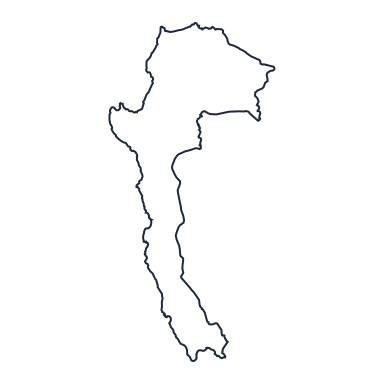 the district of Majene, Sulawesi Barat, Indonesia
{"feature_id": "22746128B56869239776422", "entity_name": "Majene", "entity_type": "district", "adm_level": 2, "iso_a3": "IDN", "parent_name": "Indonesia", "parent_adm1": "Sulawesi Barat", "projection": "mercator", "projection_center": [118.905, -3.243], "detail": "fine", "context": "isolated", "style": "outline", "palette": "slate", "viewbox_px": 384, "rotation_deg": 0, "n_neighbors": 0, "source": "geoboundaries", "source_scale": "gbopen_adm2", "svg_char_len": 6011}
<svg xmlns="http://www.w3.org/2000/svg" viewBox="0 0 384 384"><path d="M238.7,48.0L233.6,45.6L229.7,44.5L228.6,43.5L227.7,41.3L227.3,39.0L225.0,35.0L222.9,32.8L223.1,30.7L221.7,29.3L216.6,29.0L215.8,29.5L215.1,29.4L214.3,28.2L212.8,27.0L211.7,27.4L211.2,28.3L208.7,28.8L207.8,28.1L205.6,27.5L202.3,29.4L201.9,28.4L200.4,28.5L198.8,27.5L198.4,26.5L198.9,26.4L199.1,25.7L197.8,25.6L196.4,23.3L195.6,23.0L194.8,23.1L193.7,24.5L192.6,24.7L192.2,24.5L190.1,26.7L189.8,26.5L181.9,29.7L179.1,30.1L173.6,31.5L169.9,32.0L167.7,31.2L167.1,31.4L166.5,30.9L165.7,31.0L165.0,30.8L164.7,28.6L163.9,27.8L163.1,27.7L162.5,26.8L162.1,27.0L161.4,26.7L160.8,27.0L160.6,27.7L160.4,32.6L158.3,37.7L157.4,38.3L157.1,39.0L157.2,41.0L156.8,42.4L157.6,43.9L157.4,44.5L156.3,45.8L155.7,47.5L152.6,52.6L151.6,53.2L151.0,55.6L149.6,57.9L147.3,60.3L146.6,61.5L146.4,66.5L146.8,68.0L146.3,69.0L146.2,70.6L147.7,72.5L148.5,72.2L150.0,72.6L150.6,74.0L151.1,76.8L152.2,77.1L152.9,77.9L153.1,79.5L152.1,81.1L152.9,83.1L151.6,85.4L148.4,92.5L146.7,94.2L144.5,99.9L143.2,101.8L143.1,102.5L143.8,103.2L142.1,108.7L140.3,109.9L137.5,111.0L136.9,112.3L135.7,111.9L135.1,112.4L134.3,112.6L131.8,111.1L130.0,111.3L129.4,111.1L128.8,110.7L128.2,109.6L127.1,109.2L126.0,109.4L125.4,109.1L125.2,108.5L124.0,107.8L122.8,105.1L122.7,103.7L121.1,103.7L120.4,103.1L119.8,103.8L120.0,105.5L119.6,106.6L120.1,107.1L120.1,108.5L118.8,109.9L117.7,110.3L116.5,110.2L115.0,109.0L114.4,107.7L113.2,107.5L112.9,107.2L111.6,107.5L110.1,109.9L110.0,111.4L110.5,112.8L109.5,114.6L109.5,120.5L110.0,121.7L109.9,122.3L110.1,123.5L111.9,126.7L112.2,128.0L111.6,128.7L111.6,129.2L112.4,131.0L114.2,133.7L115.9,135.1L116.0,136.4L118.8,139.2L121.2,141.0L124.0,142.5L125.8,142.9L127.7,145.8L128.3,146.4L130.1,147.0L130.4,147.4L130.2,149.2L131.3,150.5L132.1,151.1L133.4,150.8L135.4,151.9L137.0,154.7L137.3,156.0L136.8,156.6L137.1,158.2L136.8,159.8L138.3,162.6L139.1,165.9L140.5,167.6L140.9,170.1L140.5,170.8L142.4,175.0L142.5,176.9L141.3,179.9L140.3,180.3L139.3,181.2L139.1,181.5L139.3,183.2L137.4,184.5L136.7,185.3L136.4,186.5L136.5,187.0L137.6,186.8L137.8,187.6L139.2,188.7L139.2,190.2L139.5,191.1L142.3,196.1L141.9,198.3L142.5,199.1L142.6,201.0L143.7,203.7L143.9,206.1L144.6,206.7L144.4,208.2L145.0,209.8L145.5,210.0L146.1,210.8L145.7,212.6L147.4,213.0L148.1,213.8L149.0,215.5L148.9,217.6L149.4,217.8L149.7,218.7L151.3,219.6L150.8,219.7L151.4,222.2L150.9,225.1L150.1,226.7L148.5,228.3L146.1,228.3L144.9,229.4L144.1,231.7L144.0,233.0L143.2,235.8L143.1,238.5L143.8,240.5L143.6,241.5L143.9,241.9L146.2,241.6L146.5,242.2L146.1,242.6L146.3,242.8L147.6,242.9L148.2,244.0L148.2,245.0L147.3,246.2L147.3,247.1L146.3,248.0L145.7,249.8L145.6,251.2L145.1,251.5L145.4,253.5L145.3,253.8L144.8,253.8L144.7,254.1L145.7,255.8L146.6,256.5L146.9,258.4L145.0,261.4L145.9,263.2L147.6,264.0L148.3,265.5L147.9,266.9L148.0,267.7L150.2,271.2L152.6,273.4L155.0,278.6L156.2,280.1L157.7,285.5L157.7,287.1L162.0,294.1L162.1,296.3L162.6,298.1L161.8,302.4L162.0,305.8L161.5,310.0L162.2,311.3L162.2,312.1L163.7,312.7L164.2,313.9L165.1,314.3L165.1,315.5L164.4,315.5L165.5,316.8L167.0,317.1L167.4,316.7L167.4,316.3L167.9,316.1L169.4,316.4L170.1,317.0L170.7,318.0L170.9,319.6L170.6,321.1L169.8,322.1L169.3,323.4L169.8,323.7L170.9,327.2L173.1,329.7L173.9,333.0L174.5,333.4L175.7,335.4L176.0,336.2L175.8,336.6L176.4,337.7L176.7,337.7L178.2,339.4L179.8,342.6L181.0,343.9L184.4,345.4L185.4,346.5L186.3,347.9L187.0,349.9L187.3,354.7L188.4,355.4L190.0,357.2L191.3,360.3L192.9,361.0L193.9,360.9L195.1,360.2L196.3,358.9L196.6,357.8L196.4,356.2L196.6,355.2L196.3,354.4L197.6,351.4L199.0,350.3L201.5,350.3L202.9,350.9L204.5,350.6L206.2,349.1L206.3,348.0L207.0,347.8L207.2,348.2L208.1,347.9L209.1,348.0L210.0,348.4L210.6,349.2L213.4,350.1L214.6,351.3L215.1,352.4L215.1,353.3L214.7,353.9L216.8,355.4L217.0,355.9L217.6,356.1L218.6,356.0L219.5,356.5L219.8,357.2L221.4,358.1L221.9,358.2L223.6,357.3L225.0,357.4L225.3,356.6L224.7,355.3L223.7,353.9L222.3,353.2L222.2,352.2L222.7,351.0L222.6,349.9L223.0,348.7L227.7,341.8L226.5,340.9L225.9,339.6L225.3,339.0L224.2,336.1L224.4,335.6L224.0,335.3L222.4,335.5L222.0,335.1L221.6,333.1L221.5,330.2L218.2,324.9L216.9,323.3L215.3,323.3L213.1,324.2L210.9,324.5L209.2,324.2L208.5,323.3L208.5,322.2L207.2,321.5L204.8,312.6L203.7,311.1L203.2,309.8L202.5,309.2L201.8,309.0L201.7,308.0L200.2,306.7L199.6,304.6L199.0,299.8L194.0,292.5L191.5,289.9L190.0,287.8L181.3,277.8L181.1,276.4L183.3,272.8L182.4,269.0L182.5,265.5L183.2,259.8L183.1,258.4L180.7,256.1L180.2,255.0L179.8,249.1L179.1,245.6L176.7,239.7L175.8,235.7L176.2,233.8L178.4,227.5L179.8,225.4L183.5,222.7L184.1,220.2L183.2,215.6L181.2,210.2L181.0,207.8L177.9,192.3L177.7,190.1L180.1,183.7L180.0,181.3L176.5,177.5L174.5,174.0L172.2,168.7L172.1,166.5L172.6,164.5L174.9,158.7L177.3,155.4L178.8,154.2L185.3,151.3L189.2,150.4L195.6,148.2L198.5,148.6L199.4,149.1L200.7,148.6L200.8,146.7L200.4,146.2L200.7,145.4L199.7,145.0L200.1,144.3L200.4,142.0L201.1,140.3L201.1,139.4L200.7,138.3L198.7,137.4L198.5,136.9L200.6,132.0L199.0,129.8L199.9,128.7L199.7,127.1L199.1,126.9L199.0,125.9L198.2,125.3L198.6,124.5L197.8,124.0L196.9,121.3L197.7,119.1L199.1,118.4L200.3,116.6L201.4,116.6L201.8,116.4L201.7,115.9L200.5,115.6L200.1,114.9L201.2,113.8L201.8,112.4L203.5,111.3L205.2,111.4L208.3,113.4L210.6,114.1L216.4,114.4L229.1,111.7L239.2,111.3L243.6,111.5L245.9,111.1L247.6,111.4L248.8,111.9L249.6,113.3L258.1,120.8L259.4,120.0L259.4,119.3L260.2,118.7L260.0,118.3L259.3,118.3L259.3,117.5L259.7,114.7L260.3,113.9L260.2,112.8L259.9,112.0L258.5,111.0L257.6,111.1L257.6,110.7L258.7,109.5L259.2,108.3L259.1,107.0L258.0,105.6L257.6,105.6L257.6,105.2L256.9,104.9L258.6,102.0L258.4,101.0L257.4,98.2L255.0,95.8L255.3,92.3L256.8,91.4L257.1,90.7L262.1,88.5L263.6,87.1L265.2,82.7L267.6,81.2L267.5,79.0L266.7,75.0L267.1,73.3L268.6,71.9L271.1,70.7L273.1,70.5L274.2,69.5L274.5,68.6L273.6,66.7L263.9,64.3L262.5,64.6L260.5,63.6L260.3,61.4L259.5,60.0L251.6,56.6L246.8,53.4L246.1,52.5L242.7,50.3L239.6,48.9L238.7,48.0Z" fill="none" stroke="#1e293b" stroke-width="2"/></svg>